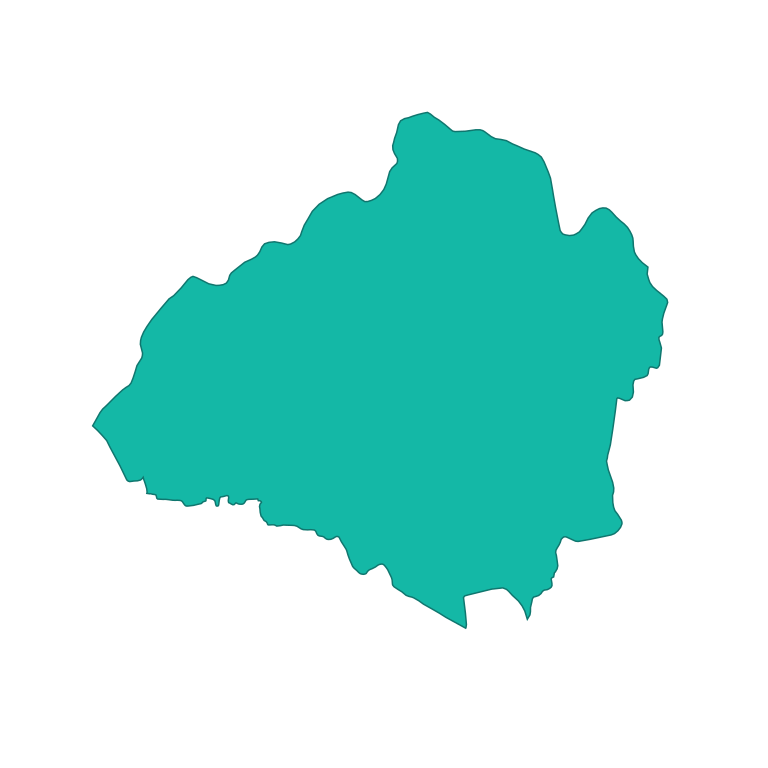 outline of Phu Hoa, Phú Yên, Vietnam, rotated 169°
{"feature_id": "81297802B95398881806036", "entity_name": "Phu Hoa", "entity_type": "district", "adm_level": 2, "iso_a3": "VNM", "parent_name": "Vietnam", "parent_adm1": "Phú Yên", "projection": "robinson", "projection_center": [109.194, 13.068], "detail": "fine", "context": "isolated", "style": "filled", "palette": "teal", "viewbox_px": 768, "rotation_deg": 169, "n_neighbors": 0, "source": "geoboundaries", "source_scale": "gbopen_adm2", "svg_char_len": 6090}
<svg xmlns="http://www.w3.org/2000/svg" viewBox="0 0 768 768"><g transform="rotate(169 384 384)"><path d="M678.0,398.5L674.0,393.0L670.3,387.1L667.0,381.4L665.0,374.1L658.8,354.1L654.8,338.9L653.7,337.5L652.2,336.7L648.1,336.5L644.4,336.0L641.4,336.2L639.5,337.2L638.2,338.4L638.0,335.8L637.7,334.0L637.4,331.7L637.1,328.6L636.9,326.4L637.2,323.0L637.7,321.9L634.9,320.9L634.2,320.9L632.3,320.0L630.0,319.2L629.1,318.7L628.9,317.6L628.8,315.2L628.2,314.3L627.2,314.0L622.9,312.9L620.5,312.5L617.6,311.6L613.5,310.2L610.9,309.6L609.3,309.4L606.6,308.7L605.1,308.0L605.0,307.8L604.3,306.9L603.5,304.9L602.8,303.4L602.1,302.4L601.2,301.9L599.7,301.6L594.1,301.2L589.9,301.4L586.4,301.5L585.8,301.7L584.2,302.8L582.3,303.1L581.4,303.1L580.9,303.8L580.6,305.3L580.2,305.8L579.9,306.0L578.7,305.7L575.9,304.5L573.5,303.2L572.4,301.7L572.2,300.6L572.2,298.1L572.0,296.6L571.3,296.0L570.4,296.0L569.8,296.2L569.3,297.1L567.9,301.3L567.0,303.3L566.6,303.8L565.9,304.3L563.3,304.2L559.6,304.5L558.5,304.1L558.1,303.1L558.1,302.3L559.1,299.3L559.2,298.1L559.1,297.2L558.2,296.6L556.8,295.3L555.4,294.3L554.2,294.2L553.1,294.9L552.3,295.5L551.8,295.5L550.7,294.7L549.7,294.0L548.3,293.5L546.4,293.1L545.1,293.2L543.8,293.9L542.4,295.4L541.9,296.0L541.0,296.6L538.9,296.6L533.8,295.8L529.9,295.3L529.8,294.3L529.6,293.4L528.8,293.3L527.9,293.0L527.3,292.4L526.9,291.8L526.9,291.1L527.9,290.4L528.7,289.5L529.2,288.4L529.6,287.4L529.6,285.3L530.0,281.6L529.9,278.5L529.7,277.3L529.0,276.4L528.6,275.4L527.9,273.3L527.6,272.8L526.4,271.8L525.8,271.2L525.2,269.8L525.0,268.5L524.6,267.8L522.5,267.4L521.0,267.2L518.6,266.7L516.8,265.4L516.4,265.0L512.6,264.7L509.8,264.8L506.1,263.9L501.6,262.9L498.9,262.2L497.0,261.2L496.7,261.1L495.2,259.7L493.0,257.6L491.1,256.5L486.8,255.4L483.8,255.0L481.3,254.3L480.0,253.8L479.1,252.5L478.5,249.8L477.7,248.1L476.5,247.2L473.6,246.2L472.3,245.4L470.9,243.6L469.6,242.5L468.3,242.0L465.8,241.7L463.3,242.2L460.8,243.2L459.8,243.4L458.3,243.1L457.3,242.1L456.0,237.4L453.9,232.1L452.8,229.3L452.4,227.6L452.0,223.1L451.3,218.6L450.4,214.6L449.6,210.9L448.5,208.9L446.3,206.1L444.8,203.8L443.4,202.3L442.0,201.6L440.4,201.1L438.9,201.1L437.7,201.4L436.3,202.8L434.9,203.9L433.5,204.5L430.9,205.0L427.4,206.0L424.6,207.3L423.2,207.7L421.2,207.8L419.6,207.4L418.3,206.1L416.9,203.5L415.8,201.0L414.8,197.1L413.9,193.7L413.6,192.4L413.4,190.2L413.7,187.5L413.9,185.9L413.8,184.9L412.9,183.1L409.5,179.7L406.2,176.7L402.7,172.4L400.2,170.8L397.3,169.5L395.6,168.4L391.2,164.6L387.3,160.4L380.0,154.2L373.2,148.3L367.8,143.2L350.4,128.7L350.1,129.0L349.0,132.1L347.8,143.5L346.7,159.2L345.2,160.6L341.9,160.9L317.4,162.1L306.3,161.2L302.9,159.0L301.2,156.8L298.3,152.0L293.5,145.5L290.8,139.9L289.1,134.3L288.2,125.7L284.8,129.5L283.7,132.5L282.8,136.8L280.4,142.1L279.3,144.9L277.8,146.3L275.2,146.5L272.5,146.9L269.9,148.3L268.0,150.2L266.1,151.1L262.9,151.0L260.4,151.7L258.7,152.6L257.6,154.0L257.2,156.3L257.1,160.8L256.0,161.9L254.3,162.2L252.8,166.1L251.5,167.0L250.4,168.4L249.4,169.4L248.1,172.4L247.8,176.9L247.5,182.8L247.7,185.6L247.0,187.9L245.3,190.0L242.9,192.6L241.2,194.9L239.7,197.7L238.2,198.8L236.9,199.5L235.6,199.5L234.4,199.2L231.7,197.3L228.7,195.1L227.7,194.4L226.0,193.2L223.5,192.4L211.5,192.2L189.8,192.5L186.2,193.2L182.4,195.3L179.2,198.1L177.1,201.3L176.8,203.0L177.0,205.1L179.5,211.5L181.5,215.5L182.1,219.3L182.0,224.0L180.9,231.1L179.2,234.3L178.3,238.0L178.3,243.9L180.2,256.9L180.3,261.9L180.3,265.9L178.9,268.7L178.0,271.5L176.1,275.4L173.4,281.1L167.9,296.4L162.0,313.6L159.2,322.2L158.3,325.1L157.4,325.8L155.5,325.0L150.5,321.6L148.2,321.3L146.1,321.3L142.7,323.8L140.7,328.5L139.8,335.6L138.3,339.3L136.8,340.7L134.2,340.7L127.9,341.0L124.1,342.1L122.8,343.7L121.4,347.8L120.5,349.2L119.4,349.9L117.3,349.4L113.6,347.5L112.3,347.7L110.1,349.8L107.1,359.1L104.8,366.4L105.2,371.6L105.6,375.1L105.3,377.3L104.0,378.2L102.2,378.7L101.0,379.9L100.3,382.0L99.3,391.7L98.2,394.9L95.8,400.1L93.6,403.8L91.5,407.3L90.0,409.9L90.1,413.2L92.7,416.9L98.5,423.8L101.8,428.4L103.7,432.9L104.2,436.2L104.7,441.7L102.6,448.4L107.4,453.9L110.3,458.4L112.2,462.8L113.0,465.9L112.9,471.6L112.2,476.6L111.9,479.7L112.3,483.0L113.4,487.0L115.1,491.3L117.8,495.4L120.7,498.8L124.3,503.7L127.6,509.2L129.7,512.1L132.4,514.3L135.6,515.1L139.0,515.1L142.9,514.0L147.2,512.2L151.9,508.0L156.3,502.3L160.2,498.6L163.2,496.0L166.7,494.7L169.5,494.0L173.6,494.3L177.6,495.8L179.7,497.0L180.2,497.7L181.0,499.0L181.8,501.1L181.9,509.2L181.9,524.5L181.7,536.4L181.5,542.6L181.3,554.3L182.3,560.7L184.5,571.5L186.3,576.8L188.9,579.9L191.5,582.1L201.4,587.8L208.2,592.6L212.0,595.1L217.4,599.5L222.5,601.7L227.8,603.5L231.6,606.4L237.1,612.5L238.7,613.9L241.2,615.2L245.4,616.0L255.9,616.6L262.9,617.7L266.1,618.2L268.4,619.2L270.9,622.2L274.7,627.0L279.7,632.6L283.7,636.2L286.9,640.1L289.5,642.3L293.6,642.3L299.5,642.0L304.9,641.4L309.1,640.7L313.2,640.6L317.5,639.2L320.3,635.9L323.6,628.4L326.7,623.2L328.4,619.4L330.0,616.3L330.5,612.3L329.7,608.2L327.8,602.9L328.2,600.1L329.3,598.0L334.7,594.7L337.9,591.4L343.6,579.9L347.1,574.9L351.8,570.7L357.2,567.7L361.5,566.6L362.8,566.5L365.1,566.2L368.0,566.7L370.3,568.7L376.2,575.5L379.6,578.2L382.7,579.2L387.9,579.3L393.3,578.9L404.0,576.7L413.4,572.8L421.4,567.2L427.0,560.7L432.0,555.1L435.7,549.2L437.7,545.6L440.9,542.8L444.6,540.5L449.1,539.2L451.9,539.2L457.6,541.9L464.4,544.5L466.7,544.7L469.9,545.0L474.5,544.4L477.7,541.8L480.2,538.2L480.6,537.6L483.6,534.6L486.0,533.2L490.2,531.8L497.5,530.1L502.9,527.3L508.7,524.3L512.6,522.2L514.7,520.1L516.9,515.7L519.5,513.1L522.9,512.2L526.9,512.3L530.1,512.8L536.9,515.8L542.8,520.4L547.6,524.1L551.0,526.1L551.3,526.0L553.3,525.6L556.6,523.8L564.8,517.0L573.6,510.8L578.6,508.7L588.3,501.0L595.8,494.8L599.6,491.7L605.8,485.6L610.0,480.9L613.2,476.2L614.6,473.2L615.6,469.4L615.4,465.8L615.1,460.5L615.7,458.2L616.8,455.8L622.9,449.3L623.1,449.0L626.0,443.4L629.3,437.5L632.1,433.2L634.6,431.1L637.6,430.0L641.5,428.2L649.8,423.1L660.4,415.9L664.9,413.1L668.2,410.1L672.3,405.2L678.0,398.5Z" fill="#14b8a6" stroke="#0f766e" stroke-width="1.5"/></g></svg>